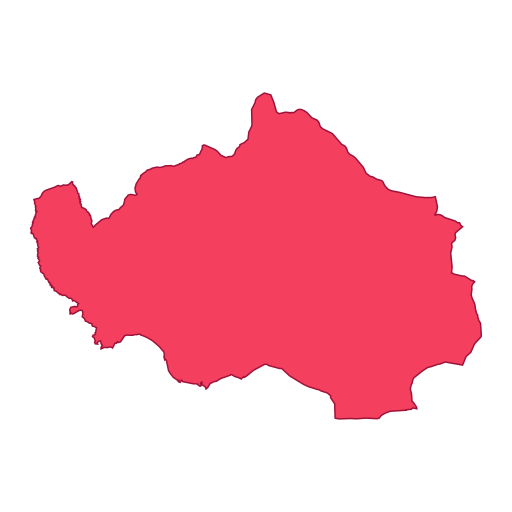 Gasabo, Kigali City, Rwanda (Mercator projection)
{"feature_id": "39286606B27612515465928", "entity_name": "Gasabo", "entity_type": "district", "adm_level": 2, "iso_a3": "RWA", "parent_name": "Rwanda", "parent_adm1": "Kigali City", "projection": "mercator", "projection_center": [30.108, -1.884], "detail": "fine", "context": "isolated", "style": "filled", "palette": "rose", "viewbox_px": 512, "rotation_deg": 0, "n_neighbors": 0, "source": "geoboundaries", "source_scale": "gbopen_adm2", "svg_char_len": 5928}
<svg xmlns="http://www.w3.org/2000/svg" viewBox="0 0 512 512"><path d="M166.5,360.7L168.5,370.5L170.0,373.1L173.3,377.3L177.2,380.1L179.1,380.4L178.3,381.6L180.1,382.4L181.7,380.2L182.6,381.6L193.4,383.8L196.1,383.8L197.7,384.2L197.6,384.6L200.1,386.3L201.3,385.5L200.6,383.4L201.1,382.4L201.8,382.0L202.2,384.7L206.3,387.8L205.4,389.4L207.7,387.6L210.3,383.3L211.9,382.8L213.7,381.7L216.3,381.3L220.8,378.5L230.3,375.2L230.7,374.6L232.0,374.8L234.7,376.5L238.2,377.5L241.3,379.0L241.6,378.3L243.4,377.3L243.8,376.7L244.5,377.3L246.8,375.8L253.5,370.3L264.6,364.3L267.2,364.4L268.5,365.5L279.6,368.5L281.7,368.5L289.8,376.0L303.6,384.4L308.3,386.6L317.8,389.6L318.8,389.6L320.7,390.8L327.2,392.9L330.7,395.8L330.6,397.7L334.7,403.9L335.1,418.1L335.9,418.4L339.5,418.9L350.5,418.5L356.4,418.8L365.6,418.1L377.3,418.7L379.2,418.1L381.0,415.8L382.8,414.4L386.7,412.5L390.6,411.2L406.5,410.2L406.6,409.7L411.3,409.3L412.8,407.9L416.8,408.8L416.6,407.2L413.4,402.5L412.0,401.1L411.5,393.9L410.3,388.8L411.2,385.0L412.1,383.2L413.0,379.3L413.8,377.9L422.2,371.1L428.0,367.3L430.3,366.9L438.2,364.2L440.0,364.0L445.2,362.0L462.6,365.1L466.1,356.5L470.8,352.3L474.5,343.9L481.0,336.8L481.3,335.1L480.5,323.2L478.6,320.1L478.5,318.7L477.7,317.1L477.7,315.0L476.8,314.0L475.5,309.3L474.8,304.3L471.8,297.3L471.2,294.8L471.9,289.1L471.7,286.2L472.8,283.8L474.7,281.8L473.1,280.6L472.9,280.8L471.1,280.2L464.6,276.1L462.2,276.0L453.6,274.0L452.9,273.3L451.5,272.9L452.1,266.9L450.7,253.2L452.0,247.0L451.6,243.5L452.2,242.6L454.9,240.3L455.6,237.9L455.0,234.2L455.7,232.6L462.6,226.7L460.9,225.5L459.5,222.7L457.7,222.8L455.2,221.0L444.8,217.6L441.9,215.5L439.7,214.6L437.8,214.4L435.3,215.2L435.0,215.0L434.8,214.3L435.8,213.2L436.7,211.5L437.5,207.0L435.3,196.7L431.9,197.5L425.9,197.6L416.2,196.8L399.4,192.3L392.4,191.0L389.4,190.0L387.8,189.0L384.9,185.9L382.7,181.5L381.4,180.5L376.7,179.2L372.6,176.8L370.3,176.4L366.1,173.2L363.3,167.3L355.6,158.2L353.4,156.3L349.9,154.4L347.9,152.3L346.4,148.0L344.8,146.0L341.6,144.3L332.4,133.6L322.7,128.8L320.7,127.0L320.0,125.9L319.1,122.8L317.7,120.7L316.7,119.9L311.8,117.8L306.9,112.5L304.2,110.7L300.9,109.4L298.9,109.4L296.9,110.2L294.2,112.4L293.0,112.7L291.8,112.4L289.9,113.1L289.7,112.6L285.3,112.2L279.1,113.7L277.2,112.5L276.4,111.5L273.7,102.0L270.8,94.9L264.7,93.1L263.8,93.3L257.5,97.3L255.6,99.9L255.0,102.8L251.6,109.5L252.0,124.6L251.5,126.6L248.8,132.1L248.0,139.2L244.4,142.5L240.0,144.6L239.6,146.3L238.5,147.5L237.1,148.3L235.8,150.3L234.6,153.9L233.3,155.3L231.9,156.4L228.8,156.6L225.9,157.6L220.9,155.2L216.7,150.7L215.0,149.6L204.9,145.1L203.5,145.0L202.3,145.9L202.3,146.5L202.5,146.5L202.0,149.3L200.7,151.5L199.9,153.7L198.9,154.7L197.1,155.0L195.9,157.3L193.7,157.6L192.4,158.5L191.0,158.2L187.8,159.2L184.5,161.3L184.2,161.9L182.9,162.0L182.0,163.1L179.6,163.7L178.9,164.4L173.4,166.4L171.4,165.6L164.9,165.9L162.9,166.9L159.8,167.5L157.0,167.1L152.1,168.2L150.4,169.2L147.0,170.2L145.9,171.7L143.1,173.5L140.8,175.5L141.0,175.9L140.6,176.1L140.1,178.3L139.1,179.1L136.2,183.8L135.0,188.1L135.5,191.9L137.0,194.4L135.5,195.3L130.8,194.4L128.3,195.0L124.9,199.1L123.7,204.5L122.6,205.9L120.5,207.5L119.0,209.5L116.2,210.1L113.8,211.3L111.0,214.3L109.4,217.5L108.4,218.4L106.3,218.1L101.6,219.8L95.5,224.9L93.7,227.1L92.8,226.8L92.7,225.9L91.3,224.0L91.9,220.6L91.1,219.0L90.5,215.8L89.7,215.2L89.8,214.4L89.3,214.4L88.8,212.8L88.1,212.1L87.6,212.2L86.4,210.6L86.3,209.8L84.3,208.4L81.6,207.4L81.1,204.3L80.5,203.0L80.1,203.1L80.1,202.0L80.6,201.6L79.9,201.0L79.7,200.0L79.8,199.4L80.3,199.9L80.4,199.5L79.3,198.6L79.8,198.2L79.2,197.5L79.5,196.6L78.9,196.1L78.9,194.0L78.0,193.5L76.1,187.8L75.5,187.5L74.8,185.9L73.9,185.5L72.6,183.9L72.6,181.9L71.8,181.6L68.4,184.8L65.1,185.3L63.7,184.9L60.3,186.3L58.6,185.5L57.8,185.6L54.3,187.3L46.0,190.2L44.0,191.4L42.3,193.3L41.1,196.1L39.3,198.1L33.9,199.5L34.7,201.8L34.5,203.0L35.9,206.4L35.4,206.7L35.8,208.7L35.5,210.4L36.1,210.7L35.9,211.6L36.8,211.8L36.2,212.4L35.1,216.1L35.4,217.0L34.4,217.1L34.3,218.8L33.9,219.0L33.2,220.9L33.1,222.2L32.6,222.1L32.5,222.6L33.3,222.8L32.3,224.6L32.4,225.4L31.7,227.0L30.8,227.9L30.7,228.6L31.6,230.4L31.1,232.5L31.9,232.9L31.5,233.5L33.2,233.9L34.3,237.6L35.8,238.8L36.2,238.5L36.7,239.9L37.5,240.9L36.8,241.7L37.6,242.1L37.2,242.8L37.7,243.6L37.7,245.2L38.7,247.7L37.4,248.6L38.0,249.9L37.6,250.0L37.6,251.5L38.3,252.5L37.7,253.7L37.5,256.4L38.7,257.3L37.9,258.2L39.6,260.6L39.5,261.1L38.2,262.4L39.7,265.4L40.6,265.7L40.6,266.5L39.9,267.5L40.0,268.9L40.6,269.3L40.6,271.4L41.1,272.1L43.8,274.0L44.5,276.3L44.9,276.5L45.3,277.9L46.2,278.5L46.2,279.2L47.5,279.1L48.9,282.4L49.8,282.6L49.6,283.2L50.5,284.0L50.2,284.5L51.1,285.1L50.6,285.5L51.8,286.1L51.7,286.7L52.2,286.5L52.2,287.2L52.8,286.9L53.0,287.4L52.6,287.6L54.0,288.0L53.8,288.8L54.3,289.5L54.2,290.6L56.4,291.3L58.9,293.7L59.9,293.8L59.9,294.5L60.9,294.5L62.7,295.5L63.1,295.1L65.2,295.3L69.2,298.4L70.7,298.1L72.4,299.7L72.6,300.9L73.3,300.5L75.6,301.2L76.3,302.2L78.6,303.5L77.6,304.6L77.8,305.4L76.9,307.0L74.8,306.4L70.8,307.3L69.8,309.5L70.1,314.0L71.0,313.8L71.4,313.2L73.0,314.0L79.1,310.5L81.0,310.2L82.2,310.7L82.7,311.5L82.9,313.5L82.2,316.8L84.3,318.4L85.5,321.2L87.4,321.7L89.2,323.1L91.5,323.5L92.0,324.0L91.9,324.9L92.5,326.1L94.2,326.5L96.5,327.7L95.7,332.1L95.0,332.9L95.5,334.1L94.7,334.8L93.1,335.2L92.5,336.5L92.6,336.8L93.9,337.3L94.2,338.0L95.3,341.3L94.6,342.2L95.2,343.8L97.7,344.1L97.3,342.8L97.8,342.0L99.5,341.0L100.7,341.1L101.1,343.7L102.4,345.5L101.7,346.0L101.8,347.2L101.1,347.3L101.0,348.9L104.3,347.4L107.2,347.6L109.7,347.0L111.2,347.1L112.6,348.0L114.9,343.2L116.3,343.3L117.4,341.7L118.1,342.5L120.5,341.9L124.7,335.6L127.0,335.1L132.7,335.3L135.0,334.6L136.9,334.7L138.2,334.1L140.3,334.3L141.1,335.3L141.5,335.1L147.5,337.7L152.5,340.7L158.9,346.2L164.0,352.1L164.4,356.3L163.9,356.5L164.7,359.8L165.3,359.1L166.5,360.7Z" fill="#f43f5e" stroke="#9f1239" stroke-width="1.5"/></svg>